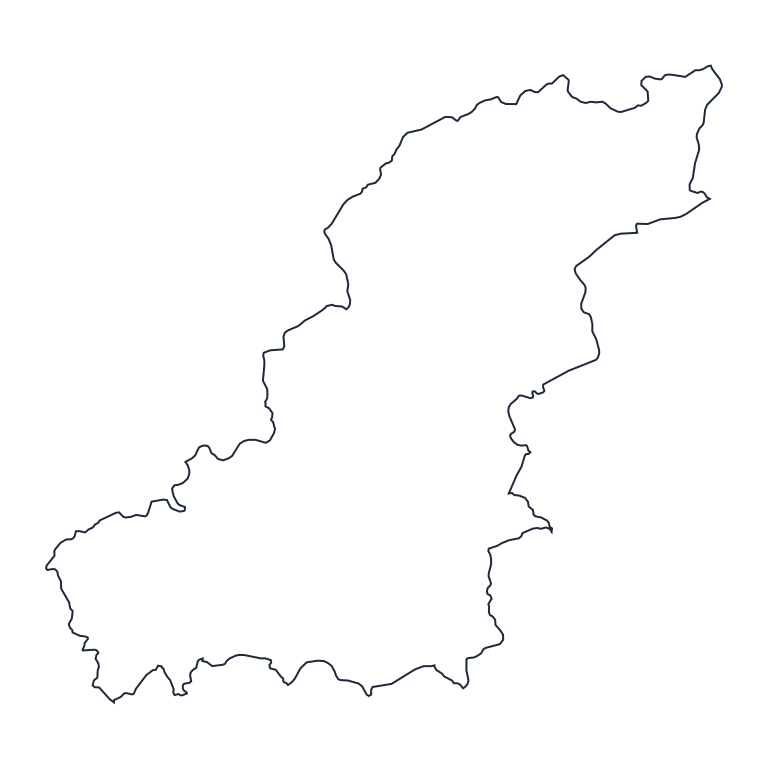 Meconta, Nampula, Mozambique (orthographic projection)
{"feature_id": "85939544B84793619782311", "entity_name": "Meconta", "entity_type": "district", "adm_level": 2, "iso_a3": "MOZ", "parent_name": "Mozambique", "parent_adm1": "Nampula", "projection": "orthographic", "projection_center": [39.662, -15.252], "detail": "fine", "context": "isolated", "style": "outline", "palette": "slate", "viewbox_px": 768, "rotation_deg": 0, "n_neighbors": 0, "source": "geoboundaries", "source_scale": "gbopen_adm2", "svg_char_len": 6031}
<svg xmlns="http://www.w3.org/2000/svg" viewBox="0 0 768 768"><path d="M551.6,531.8L552.0,528.4L549.7,526.9L548.9,523.1L547.1,520.6L541.2,517.5L535.5,516.3L533.6,514.7L532.9,509.9L528.7,506.5L528.0,501.9L524.9,497.8L518.9,495.5L514.4,495.1L511.9,493.0L508.8,493.5L516.5,475.6L521.5,466.6L524.7,456.0L525.9,454.2L528.8,453.8L530.4,452.2L528.5,450.8L527.0,445.9L526.2,445.2L521.5,445.6L517.5,444.8L513.7,442.0L510.8,438.1L510.1,435.4L510.8,434.0L514.2,431.8L515.1,429.6L509.3,416.0L508.3,411.5L508.7,407.5L510.5,404.2L516.9,398.7L518.9,395.7L521.5,395.5L530.3,398.2L532.9,397.3L533.3,396.0L532.3,393.4L532.7,391.4L535.1,391.5L536.7,393.4L538.5,394.0L543.1,392.4L544.4,390.9L543.0,387.0L543.3,384.5L568.7,370.7L595.9,359.9L597.9,357.5L599.2,353.4L599.1,350.1L596.3,339.3L592.3,331.4L592.4,324.2L590.9,317.2L589.0,314.1L583.9,312.4L581.3,308.7L581.2,303.9L585.3,292.5L585.7,287.9L584.4,284.8L580.0,279.7L575.6,273.2L574.6,268.9L576.2,266.0L589.5,256.5L596.4,249.9L614.7,235.2L620.6,233.7L637.2,232.8L636.0,225.8L637.0,223.7L647.7,224.0L660.4,219.3L674.7,218.0L680.3,216.9L686.1,214.0L702.5,202.7L709.8,198.9L706.9,197.2L704.5,193.4L702.6,191.9L700.9,191.6L697.3,193.0L690.6,190.8L689.7,189.9L689.6,184.3L692.8,178.1L695.0,163.4L699.2,149.6L698.8,144.7L696.6,137.2L696.9,134.0L699.5,128.3L702.8,124.9L703.7,122.5L705.1,109.8L707.0,104.9L718.7,93.1L721.9,86.7L721.8,84.4L719.8,79.1L712.2,69.1L710.8,65.6L707.7,66.3L702.7,69.3L698.8,70.3L695.4,70.2L685.2,76.9L671.1,74.6L667.2,74.7L665.0,75.2L661.7,79.1L660.5,79.4L654.9,78.6L649.7,76.5L645.8,76.8L641.5,80.9L641.3,85.2L647.6,91.4L648.3,100.7L646.4,102.7L641.4,105.7L638.0,105.4L634.6,107.9L621.1,112.0L617.8,111.7L610.7,108.4L605.8,103.7L602.4,101.7L596.4,102.4L590.8,101.8L585.6,103.0L580.5,101.7L576.9,98.8L572.0,96.9L568.1,91.8L567.6,90.0L568.8,81.4L568.4,79.7L563.1,75.1L559.2,76.6L551.9,83.6L548.5,83.6L546.1,84.8L538.0,92.3L534.6,92.0L530.4,89.9L525.3,91.0L520.3,95.4L516.2,104.1L505.9,104.0L501.1,102.0L498.2,97.3L496.6,97.0L490.8,99.4L485.0,100.4L479.4,103.0L476.7,105.1L475.0,108.5L472.0,111.7L468.4,114.0L460.7,116.9L457.7,120.8L456.5,120.7L451.9,117.2L445.3,116.9L421.6,129.5L407.4,132.8L403.0,137.1L399.5,145.6L396.5,149.4L394.7,153.7L392.3,156.3L391.8,160.7L388.3,163.0L386.2,163.2L380.5,167.6L380.1,169.3L381.1,174.5L379.2,178.8L375.4,182.8L367.9,184.7L366.1,187.4L362.6,188.7L361.9,191.8L360.5,193.6L353.0,196.5L347.6,199.8L343.4,204.3L331.6,223.9L328.1,227.6L324.9,229.5L324.2,231.1L324.8,233.5L328.6,238.8L331.2,245.4L333.7,259.3L335.9,262.9L343.8,270.7L346.2,274.3L348.3,284.2L347.3,291.2L350.2,300.0L349.9,304.1L348.8,306.9L346.4,309.3L342.1,306.5L334.7,305.9L332.4,304.8L326.6,306.0L325.8,307.3L321.8,310.5L313.2,316.2L304.9,320.5L298.4,326.0L288.6,330.1L285.0,332.4L283.5,336.7L284.3,346.4L282.8,349.4L270.3,350.3L263.7,352.8L263.2,355.8L264.3,360.1L264.4,364.6L262.9,380.7L267.1,388.8L267.5,393.9L267.1,398.6L265.1,401.9L265.7,403.5L265.3,405.3L265.6,406.4L269.0,408.2L272.5,413.1L272.1,417.4L271.0,419.8L273.1,422.1L275.0,429.0L274.0,433.1L269.9,440.4L265.8,442.8L255.7,439.9L248.8,439.8L244.1,441.0L239.8,443.6L232.2,455.8L228.9,458.2L223.2,460.3L218.1,459.0L214.7,455.1L211.5,453.3L209.3,447.8L207.6,445.9L203.7,445.5L200.4,446.6L198.9,447.6L195.2,455.4L191.9,458.4L185.4,461.9L188.0,465.9L189.4,470.8L189.2,474.2L187.7,478.5L183.0,482.9L178.7,484.7L174.3,485.3L172.0,488.8L173.6,495.9L177.3,502.9L179.2,504.9L184.9,507.0L184.8,510.2L183.9,511.0L179.7,511.6L172.6,508.9L170.5,507.3L166.9,500.0L163.2,499.6L151.6,501.6L148.2,512.5L146.8,515.3L145.1,516.4L136.2,514.9L131.5,516.7L125.8,517.5L123.4,516.9L119.1,512.4L115.9,512.8L99.6,520.5L98.0,523.0L95.0,524.5L92.9,527.5L88.8,529.3L85.1,532.4L79.0,531.1L75.9,531.3L74.7,536.2L73.0,538.4L71.0,539.3L66.3,539.4L60.3,543.0L55.1,549.4L54.3,551.3L54.5,555.8L46.6,565.6L46.1,568.2L47.3,570.0L52.8,569.0L55.3,569.4L57.4,571.8L58.0,575.5L60.9,581.2L61.2,588.7L69.0,602.2L70.3,608.5L72.7,611.1L71.8,618.5L68.8,624.0L69.9,627.6L72.4,630.3L72.6,632.5L79.9,635.8L85.4,636.5L87.7,637.5L87.9,638.9L84.7,643.0L84.3,646.1L82.5,649.8L83.0,650.5L94.0,649.7L96.1,650.0L97.9,651.9L98.3,653.0L96.4,655.1L95.6,658.9L98.3,663.1L98.9,666.9L97.8,670.0L97.3,677.7L94.0,680.3L92.6,685.4L94.6,687.2L99.2,687.5L109.6,699.1L113.9,702.4L114.0,700.1L120.9,696.9L124.1,693.4L126.2,693.1L132.0,694.4L133.8,693.7L136.0,688.7L146.4,675.0L152.8,670.2L155.9,669.7L158.0,665.7L161.6,666.3L162.0,667.7L163.4,668.5L164.5,672.1L167.3,676.8L170.2,680.3L173.8,689.6L173.2,692.4L174.6,695.1L178.5,694.0L180.3,695.2L182.3,695.3L186.9,693.5L186.6,692.3L184.5,691.1L182.9,689.0L182.8,685.5L184.1,683.7L189.2,682.9L191.2,681.3L190.1,675.4L190.6,672.7L192.7,670.0L196.3,667.8L197.7,661.3L199.2,659.7L202.7,658.5L202.4,661.0L206.8,662.0L212.3,666.1L222.6,664.8L224.9,663.9L226.8,660.8L229.7,658.4L236.0,655.5L239.6,654.9L244.7,655.1L260.8,658.4L265.1,658.3L270.8,660.1L271.2,662.8L269.5,664.8L269.8,667.6L270.4,668.5L275.8,669.8L280.8,676.5L283.1,678.4L283.2,680.8L284.1,682.3L286.1,682.9L288.0,685.0L291.9,682.1L294.7,678.8L300.6,668.1L306.6,662.4L317.5,660.7L323.7,661.0L327.7,662.9L331.5,665.8L334.6,671.3L336.2,676.0L338.4,679.2L340.5,680.1L347.8,680.5L358.5,683.5L362.0,686.1L366.7,694.6L368.9,695.9L371.1,694.7L371.2,689.7L372.6,687.0L391.5,683.9L415.0,669.4L423.9,666.1L431.2,666.2L434.5,665.4L434.5,666.7L436.5,670.1L442.1,673.7L444.3,676.5L452.0,680.5L453.7,683.2L457.3,683.3L460.0,684.5L463.0,688.3L465.4,686.7L467.4,684.2L468.5,680.5L466.4,670.2L466.5,659.1L468.1,658.1L473.8,657.5L476.6,656.3L481.1,653.4L483.3,649.5L485.6,647.9L499.7,644.2L503.2,639.7L503.0,634.7L500.7,630.9L495.5,624.9L495.2,620.1L494.3,618.5L492.0,616.0L490.1,615.3L488.9,612.2L489.1,607.0L488.4,604.0L491.6,598.8L490.2,595.3L487.5,594.0L486.9,591.4L487.7,588.0L490.4,585.3L491.0,583.4L488.6,576.3L488.8,573.0L491.1,564.5L491.1,558.9L490.2,554.5L488.4,551.3L488.7,548.7L497.1,545.9L501.9,543.1L509.2,540.2L519.1,538.2L521.7,535.8L521.9,533.9L523.3,532.7L532.9,528.6L537.3,528.0L541.2,528.8L545.9,527.4L549.9,529.0L551.6,531.8Z" fill="none" stroke="#1e293b" stroke-width="2"/></svg>